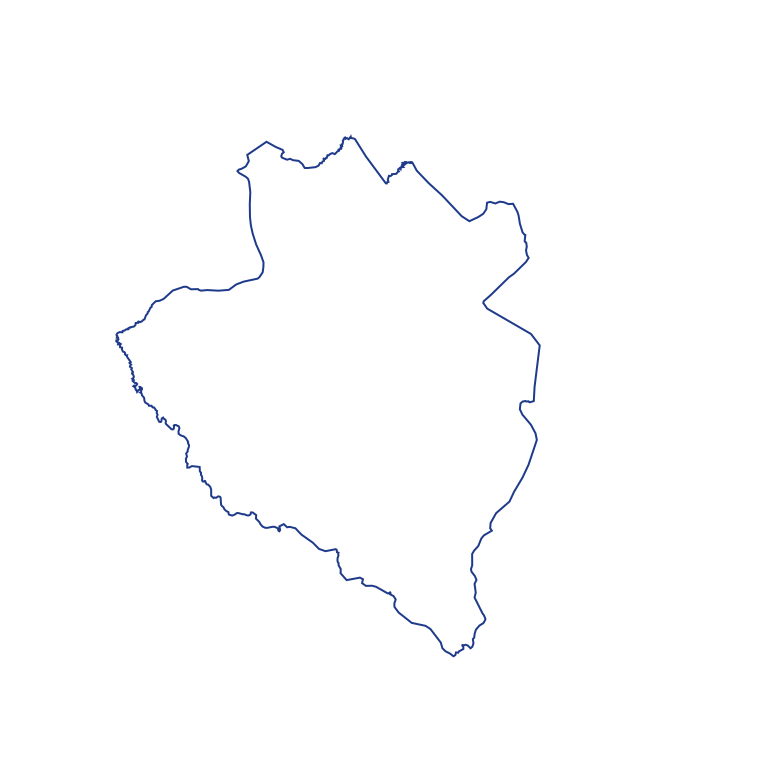 Pangi, Maniema, Democratic Republic of the Congo, rotated 145°
{"feature_id": "63176286B98681964412172", "entity_name": "Pangi", "entity_type": "district", "adm_level": 2, "iso_a3": "COD", "parent_name": "Democratic Republic of the Congo", "parent_adm1": "Maniema", "projection": "orthographic", "projection_center": [26.781, -3.132], "detail": "fine", "context": "isolated", "style": "outline", "palette": "blue", "viewbox_px": 768, "rotation_deg": 145, "n_neighbors": 0, "source": "geoboundaries", "source_scale": "gbopen_adm2", "svg_char_len": 6166}
<svg xmlns="http://www.w3.org/2000/svg" viewBox="0 0 768 768"><g transform="rotate(145 384 384)"><path d="M420.7,170.4L419.7,174.5L420.0,180.0L418.9,182.5L415.8,184.8L409.3,194.2L405.8,195.8L399.7,197.2L393.1,201.5L389.1,202.7L379.8,202.0L379.8,204.9L376.4,209.0L366.2,213.9L348.7,215.7L339.3,221.1L324.4,227.8L312.0,234.9L290.9,250.5L288.2,256.6L287.0,266.4L288.2,279.5L287.2,285.4L283.3,289.8L280.5,290.1L277.8,288.9L277.5,288.0L275.5,286.9L275.5,286.0L274.9,285.3L271.1,284.1L262.3,295.3L234.3,326.3L234.9,340.7L256.2,386.5L256.2,393.5L254.8,394.6L245.2,395.7L220.2,399.8L214.3,399.8L197.9,402.5L193.2,404.3L192.9,407.7L191.5,410.9L191.0,412.0L188.2,414.7L186.4,418.3L186.9,419.2L186.8,420.4L182.7,425.1L183.3,426.0L183.5,428.8L180.8,437.2L177.1,444.9L176.0,448.5L174.9,457.6L178.8,459.9L181.7,464.3L184.7,467.0L189.2,468.0L192.7,472.4L195.6,473.4L199.9,468.5L205.1,466.5L211.0,466.7L220.7,468.4L224.1,476.9L228.2,505.0L232.2,523.0L234.8,540.0L233.8,548.3L234.0,549.9L234.3,550.1L234.3,549.4L234.9,549.4L236.4,550.5L236.3,551.1L237.0,551.8L238.4,551.9L238.9,552.7L238.7,553.2L239.2,553.6L239.4,552.5L240.3,551.8L240.8,551.9L240.6,552.7L241.6,554.4L242.1,554.5L241.8,552.9L242.6,552.6L243.0,553.3L243.6,553.1L243.5,552.7L243.0,552.7L242.9,551.8L244.1,552.0L243.9,550.7L245.9,551.9L246.8,551.9L246.6,551.0L247.1,550.5L247.2,551.3L249.2,551.7L249.9,550.9L249.9,549.6L251.0,549.9L253.3,549.1L257.1,551.3L257.7,550.6L259.4,550.6L260.5,551.7L263.6,549.3L264.4,547.0L265.5,547.5L266.7,546.7L267.4,547.3L268.3,580.9L267.3,601.0L268.1,602.7L270.0,604.4L269.4,605.7L272.5,604.7L273.3,606.7L274.7,606.9L274.4,608.2L275.0,608.4L275.9,607.7L276.6,607.8L277.7,606.8L278.3,606.8L278.8,605.7L280.1,604.5L280.8,604.1L281.2,604.5L281.6,604.3L281.8,602.8L282.3,602.8L282.7,603.6L283.1,602.5L283.7,602.6L283.8,601.5L284.2,601.3L284.6,601.9L286.4,601.3L286.4,602.0L286.8,602.1L287.5,600.9L288.4,601.3L292.4,600.5L293.9,602.8L296.5,603.3L298.3,603.0L299.1,603.8L301.2,602.1L301.7,602.5L302.9,602.0L304.1,603.2L304.5,603.0L304.5,602.1L305.1,601.2L306.8,601.5L308.4,600.6L309.7,601.7L312.4,600.4L315.7,600.9L322.8,604.8L325.1,606.5L324.7,610.9L325.9,615.7L330.1,619.5L331.8,622.3L334.8,623.4L337.7,627.9L337.6,629.4L335.5,631.1L333.2,631.3L332.8,634.0L336.7,640.2L341.3,649.8L364.6,650.1L366.9,644.1L372.3,641.5L377.3,642.0L379.9,642.9L381.9,642.5L381.7,640.1L378.4,633.1L377.7,630.2L378.5,627.1L383.5,617.8L390.8,608.3L398.1,597.5L402.2,590.0L405.3,582.5L408.7,571.6L410.9,560.0L412.9,552.8L415.7,549.0L419.3,545.1L424.7,543.0L427.1,542.8L440.1,548.3L447.8,550.3L457.1,550.1L466.1,555.4L475.0,562.4L480.3,565.4L481.6,567.1L481.9,568.4L487.8,572.3L489.9,576.8L492.1,578.4L503.4,581.7L515.8,580.1L520.0,580.9L523.6,582.7L528.9,581.8L530.4,580.3L531.5,580.5L535.2,578.4L536.3,578.4L537.4,577.2L539.4,576.9L543.2,574.3L544.2,574.6L546.3,574.2L548.5,574.6L549.1,575.9L549.7,576.0L550.4,575.2L552.4,576.4L553.9,574.8L555.9,574.5L558.9,575.8L559.4,575.6L559.9,576.2L562.0,576.3L562.1,575.6L564.2,576.7L565.8,576.6L567.7,577.4L568.6,576.4L570.9,578.2L573.3,578.5L574.6,578.0L575.1,577.3L574.9,576.1L575.6,575.4L576.2,575.5L576.4,575.2L575.3,574.4L576.0,572.8L576.5,572.6L578.2,573.3L578.7,572.6L577.8,572.0L578.5,571.4L578.1,569.7L579.1,569.0L578.4,568.6L577.3,569.3L576.7,567.7L578.0,567.2L579.1,565.5L577.7,564.0L578.9,562.5L579.1,561.2L579.2,560.1L578.3,559.0L578.4,557.6L579.1,557.1L579.1,556.2L578.8,555.4L578.0,554.9L578.7,554.4L578.9,552.9L578.9,547.2L580.4,547.2L580.1,545.0L580.5,545.1L582.2,543.9L581.4,541.6L582.6,541.0L582.8,537.7L584.1,537.5L584.5,537.0L584.0,536.0L584.7,533.5L585.4,532.8L587.3,532.7L586.7,530.7L588.1,530.6L587.4,527.6L586.3,526.7L586.2,525.6L587.7,524.9L588.6,525.1L589.4,526.0L590.6,525.9L589.8,523.8L590.7,521.7L590.2,521.1L590.8,519.1L588.6,519.8L587.0,519.4L585.9,521.8L585.2,521.2L585.2,519.9L584.7,519.4L585.4,518.4L586.5,518.2L587.7,516.6L588.5,516.8L588.0,515.5L588.7,513.4L588.4,510.4L589.9,507.5L590.2,505.8L588.7,502.4L589.0,500.9L586.9,499.5L587.0,497.6L585.8,496.7L585.7,494.7L586.0,493.9L585.4,492.0L586.8,490.7L587.2,488.6L589.0,487.3L589.8,481.9L588.6,480.9L587.7,481.2L585.9,483.2L584.2,483.2L584.3,481.9L583.5,480.2L584.0,478.5L585.3,477.3L585.5,476.2L584.0,468.8L583.0,467.9L581.9,467.9L580.5,469.4L580.1,470.5L579.3,470.6L577.9,469.7L576.4,466.9L576.9,465.2L579.5,463.1L580.8,461.0L580.0,458.6L578.1,455.9L577.4,453.5L577.6,448.9L578.4,448.1L578.8,445.8L579.8,444.5L582.7,442.5L583.5,441.3L585.9,440.6L587.0,437.6L589.2,436.3L590.6,434.1L590.9,433.4L590.6,431.1L591.8,430.4L593.1,428.3L591.5,427.3L588.4,426.9L582.6,421.8L585.0,417.9L584.7,416.4L586.1,414.6L586.0,413.1L586.9,411.0L588.3,409.5L588.4,408.2L587.6,407.4L586.5,407.5L586.2,407.1L586.8,404.2L586.6,403.2L585.8,402.6L585.3,399.6L586.1,396.7L589.7,391.5L589.0,388.3L588.0,388.3L586.9,387.1L584.1,387.0L583.0,385.6L583.1,384.5L586.7,378.6L586.7,376.8L586.2,375.2L586.6,372.6L585.9,370.0L584.9,368.3L585.8,366.7L585.8,365.7L583.7,363.2L580.8,362.6L578.8,362.7L577.6,362.1L574.2,358.1L573.2,357.5L571.6,355.0L570.2,353.9L568.3,353.7L566.6,355.1L565.2,354.0L563.9,349.9L566.1,347.2L565.3,342.6L565.6,339.7L565.2,336.2L565.1,336.7L563.9,334.5L562.3,333.2L557.3,331.0L555.6,329.8L553.8,326.9L554.6,324.3L554.2,323.4L552.9,323.9L551.3,327.4L546.5,326.7L545.5,322.2L543.1,321.0L539.3,316.6L538.0,307.9L533.3,294.8L531.8,286.1L527.8,280.6L518.3,276.4L517.9,275.3L519.0,273.2L518.0,271.9L519.1,271.0L519.5,269.8L521.9,268.0L523.4,266.0L524.0,264.7L523.9,263.4L525.2,261.5L525.6,257.2L528.1,253.9L527.1,244.8L514.8,239.2L513.2,236.1L516.2,233.5L514.6,229.0L509.5,225.6L506.8,222.4L501.1,210.4L500.6,210.0L498.5,209.8L498.6,208.9L499.6,208.2L497.8,204.8L498.0,200.8L501.5,198.2L503.3,195.3L503.1,188.4L498.3,172.4L488.7,162.1L486.5,156.6L485.8,139.7L487.7,134.0L486.9,129.7L484.4,125.0L483.3,121.2L481.1,121.0L479.0,122.8L477.3,121.3L476.1,122.0L471.0,121.4L469.9,123.0L469.8,125.0L469.4,125.2L468.4,124.1L466.6,123.5L465.4,121.7L464.7,117.9L462.4,118.1L459.5,120.2L457.5,124.1L455.6,124.5L453.0,127.4L449.7,130.0L444.4,131.4L439.8,131.1L436.5,132.6L435.6,133.5L434.8,137.4L434.9,139.4L432.3,157.1L428.5,160.5L424.5,168.3L420.7,170.4Z" fill="none" stroke="#1e3a8a" stroke-width="2"/></g></svg>